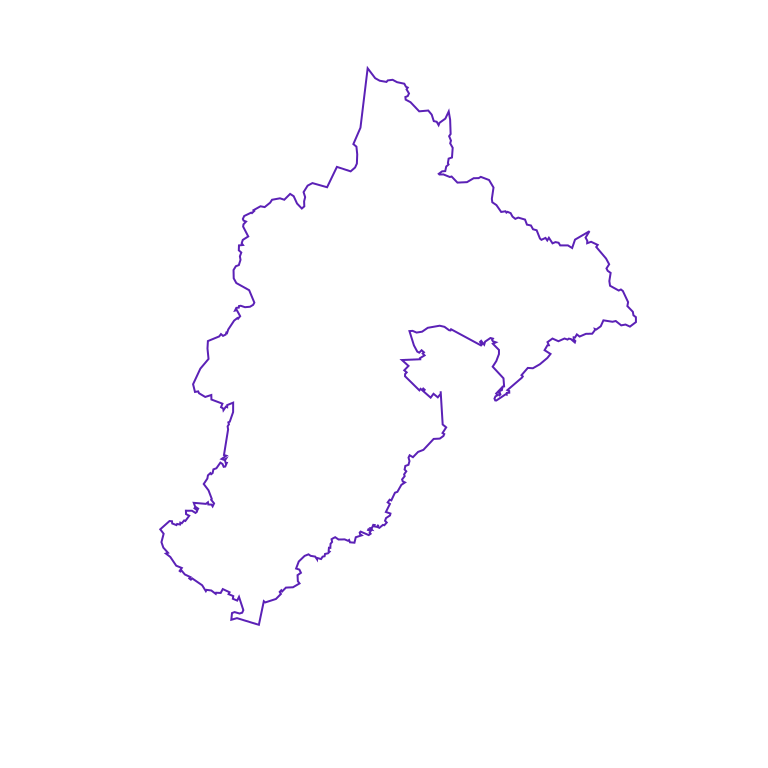 the district of Cocula, Jalisco, Mexico, rotated 206°
{"feature_id": "50627088B61483456633974", "entity_name": "Cocula", "entity_type": "district", "adm_level": 2, "iso_a3": "MEX", "parent_name": "Mexico", "parent_adm1": "Jalisco", "projection": "albers", "projection_center": [-103.833, 20.404], "detail": "fine", "context": "isolated", "style": "outline", "palette": "violet", "viewbox_px": 768, "rotation_deg": 206, "n_neighbors": 0, "source": "geoboundaries", "source_scale": "gbopen_adm2", "svg_char_len": 6166}
<svg xmlns="http://www.w3.org/2000/svg" viewBox="0 0 768 768"><g transform="rotate(206 384 384)"><path d="M537.1,660.6L517.5,604.0L516.7,586.2L512.8,585.2L508.7,578.6L505.0,570.2L504.9,565.9L507.2,560.5L521.5,558.5L521.4,535.9L536.4,533.2L539.6,528.8L540.4,521.2L536.8,517.4L535.9,513.2L533.5,508.7L534.8,505.7L541.3,508.1L547.5,513.2L551.7,513.7L554.4,505.9L558.9,505.3L565.4,500.5L565.8,497.1L568.8,490.7L572.9,489.6L577.5,483.0L576.5,482.6L577.6,479.7L578.5,479.8L583.3,473.7L583.2,470.4L581.8,469.3L579.2,469.5L580.3,465.9L579.6,463.7L570.7,457.1L574.1,451.6L573.6,448.1L571.7,447.1L575.1,445.0L573.1,440.5L569.9,439.6L569.5,435.6L567.4,432.7L566.6,427.2L568.8,424.9L569.2,420.5L565.4,413.1L561.0,410.0L546.3,409.2L536.2,400.3L536.3,397.8L538.3,394.7L542.6,392.1L547.1,391.5L548.5,390.5L548.0,389.0L550.1,387.7L550.1,384.7L548.7,385.9L543.0,381.9L543.8,378.7L544.7,379.0L546.5,375.3L547.9,364.7L547.4,361.0L548.2,361.1L548.0,359.0L549.8,356.7L552.4,357.4L553.0,354.5L561.1,345.4L558.2,338.5L552.7,329.6L555.8,317.3L555.5,300.1L550.4,294.0L547.8,295.9L546.2,294.6L539.0,294.0L534.4,298.4L532.3,294.4L520.6,295.5L520.3,291.7L517.8,291.5L516.8,290.1L516.2,294.3L514.8,294.4L515.7,296.3L511.4,301.1L507.3,292.6L506.1,282.5L507.1,281.3L505.7,279.8L506.0,277.4L504.2,274.8L496.7,250.0L494.3,250.4L497.1,245.4L494.6,245.7L493.3,247.5L493.5,245.7L491.5,243.5L490.7,244.0L490.5,240.2L491.8,239.3L494.1,241.3L496.6,241.6L497.7,234.8L499.9,232.5L499.0,228.8L499.8,227.2L501.0,227.8L502.2,224.7L501.3,221.6L502.2,215.1L495.1,211.5L488.4,205.2L488.6,204.2L484.4,202.2L484.4,198.9L486.1,200.0L489.1,198.7L490.4,200.5L491.5,198.2L502.9,193.8L500.0,191.0L496.4,190.5L496.5,188.8L500.8,189.4L496.4,188.6L496.2,187.0L496.9,185.5L501.0,185.9L506.5,183.3L504.9,180.3L501.3,180.2L502.5,173.8L503.8,173.8L504.7,170.2L506.3,170.1L505.7,168.3L508.6,167.5L508.7,166.2L513.2,165.8L514.4,167.7L516.7,166.8L521.4,155.3L516.4,152.8L514.7,144.3L510.6,140.2L504.1,137.6L505.7,136.0L500.3,134.9L491.1,129.6L485.1,130.0L485.7,126.4L484.8,126.2L484.2,127.6L479.5,125.5L473.4,125.6L473.8,123.9L471.8,123.5L471.2,125.2L459.2,123.4L453.3,119.7L453.2,121.2L448.7,122.7L443.2,121.6L443.4,122.8L439.2,124.6L439.0,129.0L431.5,129.1L431.6,127.0L426.5,127.3L425.7,124.7L421.0,125.0L421.0,129.1L411.3,119.1L411.2,116.3L413.2,114.4L418.3,113.5L420.2,111.5L417.9,105.2L413.5,109.1L390.9,112.7L396.8,136.1L395.0,135.6L386.9,143.4L384.6,150.1L386.6,151.4L385.9,153.6L384.6,152.9L382.9,158.0L376.7,161.4L372.5,167.7L375.0,169.0L377.9,174.3L375.9,177.9L378.7,180.1L382.1,179.6L382.8,187.1L380.0,194.7L377.2,197.8L374.6,197.4L370.2,198.7L367.4,197.1L368.0,198.3L363.8,199.1L363.5,201.9L361.9,203.1L362.5,205.4L360.1,207.3L359.4,209.5L360.5,209.5L361.7,212.7L360.4,213.2L362.0,216.9L361.4,219.3L363.1,221.5L362.0,223.2L360.7,224.9L356.7,224.3L351.2,227.1L347.6,227.3L347.0,228.5L345.2,226.8L341.0,228.4L342.2,233.9L337.7,238.2L339.6,238.5L340.7,239.8L340.3,241.1L331.5,241.5L330.4,243.5L331.7,244.0L331.5,246.2L334.3,245.8L334.3,246.7L330.9,247.7L332.9,248.6L331.7,249.4L331.9,252.7L330.7,253.1L330.7,251.7L327.6,252.5L327.4,255.0L326.9,252.6L325.1,252.7L323.2,256.9L321.8,257.2L320.8,260.7L323.1,261.5L323.4,264.4L321.0,268.5L321.4,270.4L326.2,269.8L326.1,278.8L328.8,279.2L328.2,282.5L326.4,282.6L326.5,291.1L324.7,292.9L324.2,301.0L322.0,304.7L324.5,304.7L325.9,306.2L325.0,310.2L326.3,311.6L325.7,315.3L328.0,316.2L328.9,319.7L326.6,322.1L327.3,325.9L329.7,328.6L329.7,331.2L325.9,330.9L323.6,337.9L319.7,342.1L315.3,356.4L309.9,359.4L307.8,363.3L307.9,365.4L309.9,365.6L309.1,372.3L313.5,373.3L329.9,402.3L328.7,400.2L329.8,395.6L335.2,396.9L336.1,392.2L345.3,394.7L344.9,396.6L346.7,397.1L347.1,395.2L349.0,395.7L349.4,393.8L368.5,400.2L369.4,402.2L368.7,404.4L371.8,405.2L369.9,411.0L378.4,413.4L362.3,422.1L363.0,423.0L360.1,427.5L362.6,428.4L362.0,430.0L365.0,430.8L366.1,427.6L368.3,427.7L374.0,431.8L384.3,442.7L381.6,444.3L377.3,444.5L372.7,447.7L369.3,453.7L359.5,460.8L354.7,461.9L349.1,460.9L347.7,461.3L347.7,462.6L313.7,461.2L313.3,462.5L316.1,463.9L315.6,465.4L311.2,463.3L311.7,466.4L310.5,468.5L308.5,472.0L306.0,472.5L306.2,471.0L304.8,470.1L301.7,470.5L303.8,467.9L295.6,465.0L293.8,461.3L293.1,453.8L293.9,447.2L279.1,441.5L275.0,434.5L276.2,433.7L275.4,430.1L276.7,428.7L277.1,430.5L277.7,428.6L274.8,425.6L275.2,424.7L277.9,428.0L279.0,424.6L277.0,423.8L278.4,421.7L278.3,419.3L276.8,418.0L275.8,418.4L270.1,428.2L269.1,428.2L269.7,429.8L267.6,431.1L268.4,432.6L270.4,432.6L262.7,450.5L262.6,451.7L264.3,452.2L261.8,461.5L257.1,463.4L252.6,470.0L248.6,479.0L247.5,484.0L254.5,484.8L254.1,490.3L252.8,491.1L255.4,493.3L252.5,498.7L246.0,498.9L241.7,504.0L238.5,504.4L237.8,505.8L235.8,506.3L230.7,505.0L230.9,506.5L233.2,507.3L234.0,509.1L232.7,509.5L232.4,513.1L229.0,512.4L224.5,517.6L218.9,520.5L218.0,525.1L218.7,525.9L217.1,526.0L214.5,530.9L214.7,537.4L205.9,540.1L203.3,542.2L196.5,540.7L193.0,543.3L188.1,543.4L184.7,550.1L186.9,554.5L189.9,555.1L192.0,558.0L199.4,560.7L200.5,564.6L210.1,572.3L212.5,572.8L214.0,570.9L223.9,571.4L226.6,575.3L229.0,583.2L232.6,583.8L234.7,585.4L234.1,590.3L239.4,594.1L253.3,600.2L252.9,602.7L260.2,602.6L263.1,599.6L264.1,601.9L267.0,603.9L266.3,611.4L275.6,597.5L274.5,588.7L279.5,589.2L286.4,585.8L289.0,587.5L292.1,586.7L294.2,584.3L299.9,587.7L300.2,584.6L302.9,586.1L305.7,582.6L307.6,583.1L314.2,589.1L317.9,588.4L321.4,590.9L325.4,589.9L329.3,593.6L336.3,592.4L338.4,590.0L341.9,590.8L345.1,593.1L348.4,592.9L349.1,591.7L350.5,592.5L354.1,590.0L361.4,594.1L366.3,594.8L368.2,597.6L371.7,608.6L379.0,613.4L387.8,612.6L389.2,610.5L393.6,608.3L397.9,601.8L406.3,597.2L414.2,600.1L415.6,598.9L422.5,598.4L426.0,596.6L426.9,596.9L425.0,600.6L422.3,602.2L423.4,606.8L422.2,609.6L423.4,610.5L424.7,614.9L422.2,617.4L425.8,626.4L430.0,629.3L430.5,632.1L434.1,635.3L433.7,637.9L440.4,650.5L445.3,657.3L445.2,649.4L448.6,643.1L448.4,640.6L451.6,642.8L454.5,642.1L459.2,647.0L464.1,649.2L471.9,644.5L483.7,648.9L489.2,649.1L490.6,651.3L488.9,653.2L488.9,656.1L492.9,658.7L492.6,660.8L494.6,660.8L497.4,662.8L504.6,661.0L509.6,661.2L513.7,658.5L514.2,656.6L520.8,654.7L526.0,655.0L537.1,660.6Z" fill="none" stroke="#5b21b6" stroke-width="2"/></g></svg>